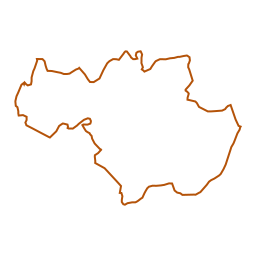 the district of Hihya, Ash Sharqiyah, Egypt
{"feature_id": "37247803B80618316463204", "entity_name": "Hihya", "entity_type": "district", "adm_level": 2, "iso_a3": "EGY", "parent_name": "Egypt", "parent_adm1": "Ash Sharqiyah", "projection": "albers", "projection_center": [31.584, 30.652], "detail": "fine", "context": "isolated", "style": "outline", "palette": "amber", "viewbox_px": 256, "rotation_deg": 0, "n_neighbors": 0, "source": "geoboundaries", "source_scale": "gbopen_adm2", "svg_char_len": 2915}
<svg xmlns="http://www.w3.org/2000/svg" viewBox="0 0 256 256"><path d="M240.6,126.6L238.6,125.9L235.6,119.5L230.6,105.0L227.9,106.0L226.9,107.0L226.3,107.5L225.2,109.1L222.1,110.6L215.5,111.1L211.0,111.4L209.4,111.4L207.8,111.4L199.0,106.9L196.9,103.1L195.4,101.5L189.9,100.2L187.5,99.7L187.5,99.2L187.6,97.6L188.7,93.9L188.7,93.4L187.2,91.7L185.6,90.6L185.6,90.2L185.6,89.6L189.4,85.4L190.5,83.8L192.7,80.7L189.2,69.4L188.2,67.3L188.3,64.1L188.8,63.6L189.9,60.4L189.5,57.2L189.0,56.9L187.9,56.1L186.9,55.5L183.7,56.0L179.5,56.9L177.9,56.9L174.2,57.9L173.0,58.0L170.0,58.3L165.7,59.3L162.0,59.2L159.9,59.2L156.7,60.7L155.7,61.2L155.1,61.9L154.1,63.3L151.9,66.4L150.3,69.0L148.0,70.0L144.4,71.6L143.4,70.5L141.8,69.4L142.9,67.3L141.4,63.0L141.5,61.9L141.5,57.7L142.1,54.5L141.0,52.0L140.6,51.3L138.0,51.7L136.4,52.8L135.8,55.4L137.3,58.6L135.2,59.1L133.1,59.1L131.0,57.4L130.7,56.7L130.5,56.3L126.9,51.5L125.9,51.4L125.4,51.4L124.3,52.5L123.7,53.5L118.9,59.8L116.2,59.2L113.1,59.1L109.4,61.2L107.2,63.3L103.4,70.1L99.5,78.5L93.7,82.1L90.0,82.0L87.9,79.3L84.9,74.4L79.2,67.9L78.7,68.5L76.8,69.2L76.0,69.5L74.4,70.5L71.2,72.5L69.6,73.6L67.0,74.0L63.8,74.0L60.7,72.8L57.5,72.2L51.8,71.0L48.7,70.9L47.6,70.9L46.6,68.8L45.6,65.6L44.6,61.3L42.5,59.1L36.9,59.0L37.2,60.6L35.6,65.3L34.5,68.5L33.3,71.1L31.6,77.5L31.6,81.2L31.1,83.9L31.0,84.4L27.8,85.4L26.2,84.3L24.7,82.6L24.1,84.2L23.6,83.1L22.2,84.2L21.5,84.7L18.2,92.6L16.5,96.3L15.9,98.9L15.4,101.1L15.4,101.9L15.8,105.9L17.3,107.0L17.5,107.5L18.3,111.2L18.3,113.4L18.7,115.5L19.3,115.5L23.0,115.1L26.6,116.8L26.6,120.0L25.4,122.6L26.2,124.6L26.4,125.3L32.1,128.2L40.8,132.8L48.8,137.0L49.9,137.5L56.3,131.3L58.0,128.1L58.9,126.4L59.1,126.0L61.2,124.5L62.8,123.5L63.9,123.7L67.5,124.6L68.0,126.8L67.6,128.0L68.6,128.5L70.7,128.5L72.8,128.6L77.1,125.5L78.7,123.9L81.4,121.8L84.0,119.8L87.8,118.3L89.9,118.8L90.9,121.0L90.8,122.1L90.3,123.6L87.6,124.6L86.6,124.6L83.4,124.5L82.4,125.1L83.9,127.8L85.9,131.0L87.5,132.1L89.6,133.2L90.1,134.3L91.6,135.9L92.1,138.6L93.3,140.9L94.6,143.4L95.6,144.5L99.8,148.9L100.8,149.4L101.1,149.8L98.1,153.1L94.9,155.2L94.8,156.8L95.3,161.0L95.2,163.0L104.6,168.2L112.3,176.5L116.1,180.6L121.0,186.0L119.8,192.9L121.4,193.0L122.4,196.2L121.8,199.9L121.8,201.0L121.8,202.0L122.9,203.6L123.3,204.2L124.9,204.7L127.5,203.2L130.2,202.7L132.3,202.3L135.4,202.3L136.5,201.8L137.5,201.2L138.1,200.8L140.8,198.7L142.4,197.7L144.5,193.1L145.7,190.9L147.3,188.2L148.1,187.5L148.9,186.7L152.6,185.7L156.3,185.8L161.0,185.4L162.2,185.2L164.2,184.9L167.4,183.9L169.0,183.4L172.1,183.5L174.6,190.5L177.2,192.6L180.4,193.3L182.4,194.9L194.0,194.6L195.6,194.7L198.8,192.9L200.4,192.1L206.8,184.8L209.1,181.6L209.3,181.5L211.2,180.1L214.3,178.6L219.1,175.5L220.7,174.0L223.5,169.2L225.1,165.8L225.7,164.5L230.5,149.7L231.3,147.1L233.5,143.4L234.6,140.7L237.4,133.4L239.6,129.7L240.1,127.6L240.6,126.6Z" fill="none" stroke="#b45309" stroke-width="2"/></svg>